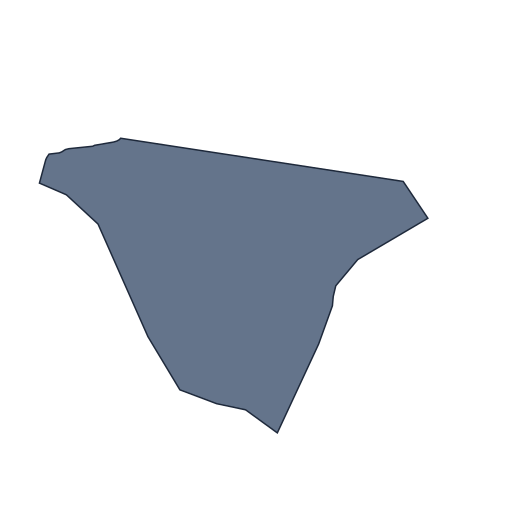 the border of Saint Peter, rotated 338°
{"feature_id": "DMA-1441", "entity_name": "Saint Peter", "entity_type": "Parish", "adm_level": 1, "iso_a3": "DMA", "parent_name": "Dominica", "parent_adm1": "", "projection": "robinson", "projection_center": [-61.46, 15.5], "detail": "fine", "context": "isolated", "style": "filled", "palette": "slate", "viewbox_px": 512, "rotation_deg": 338, "n_neighbors": 0, "source": "natural_earth", "source_scale": "10m", "svg_char_len": 503}
<svg xmlns="http://www.w3.org/2000/svg" viewBox="0 0 512 512"><g transform="rotate(338 256 256)"><path d="M209.5,428.0L188.7,394.7L164.2,378.2L135.3,351.6L125.6,290.3L121.5,167.2L103.1,128.2L82.5,107.3L97.1,88.0L98.9,86.3L102.3,84.0L112.2,86.7L114.9,86.7L119.1,85.9L122.7,86.4L145.8,93.1L147.8,92.9L166.7,97.0L170.1,97.3L173.0,96.9L174.6,96.1L420.4,242.0L429.5,285.4L349.0,297.4L318.8,313.5L312.5,322.4L308.2,330.8L281.1,361.1L209.5,428.0Z" fill="#64748b" stroke="#1e293b" stroke-width="1.5"/></g></svg>